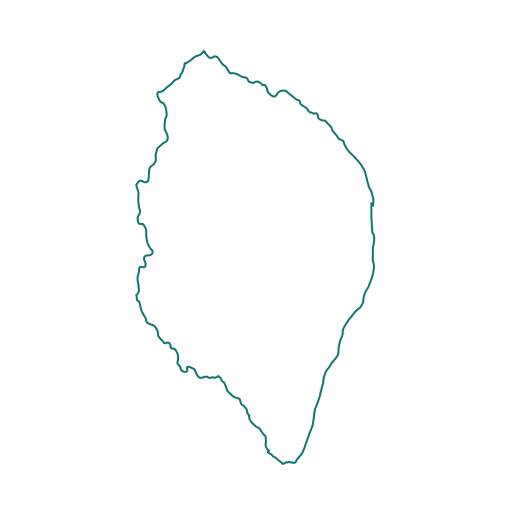 the district of Santana, Boyacá, Colombia, rotated 352°
{"feature_id": "7082276B99555261939009", "entity_name": "Santana", "entity_type": "district", "adm_level": 2, "iso_a3": "COL", "parent_name": "Colombia", "parent_adm1": "Boyacá", "projection": "equal_earth", "projection_center": [-73.497, 6.055], "detail": "fine", "context": "isolated", "style": "outline", "palette": "teal", "viewbox_px": 512, "rotation_deg": 352, "n_neighbors": 0, "source": "geoboundaries", "source_scale": "gbopen_adm2", "svg_char_len": 6071}
<svg xmlns="http://www.w3.org/2000/svg" viewBox="0 0 512 512"><g transform="rotate(352 256 256)"><path d="M360.2,160.1L359.6,159.4L359.0,157.7L358.8,155.3L358.2,154.2L357.0,153.2L354.2,151.6L352.7,148.1L351.1,145.7L349.5,143.0L349.0,141.5L348.7,139.8L348.1,138.4L344.6,133.6L343.7,132.1L342.9,131.4L340.9,131.1L338.2,129.6L337.2,128.6L336.8,127.6L336.9,126.2L336.7,124.5L336.2,123.7L335.2,123.0L333.6,123.1L332.7,122.9L330.8,121.6L329.9,121.4L328.9,120.6L328.0,119.6L327.6,118.3L326.8,117.0L326.0,116.0L322.8,113.5L321.8,112.5L321.1,111.1L320.9,109.5L320.4,108.0L318.7,107.2L316.6,105.5L314.5,103.1L311.2,99.8L309.0,97.0L307.9,96.3L306.6,96.1L305.6,96.1L304.5,95.8L303.4,96.0L301.3,96.9L300.1,97.7L299.1,99.0L297.4,100.5L296.0,100.6L294.5,99.9L293.5,99.1L291.4,96.7L290.8,95.4L290.3,94.0L290.2,92.1L289.6,89.9L289.0,88.5L288.2,87.8L286.5,87.6L285.5,86.6L284.5,85.3L282.8,83.8L282.2,83.9L281.1,83.3L280.0,83.3L277.4,84.3L276.0,83.8L273.9,82.8L273.1,82.1L271.9,78.8L270.4,77.6L269.5,77.6L268.2,77.2L265.8,75.7L263.2,73.6L261.4,72.7L259.0,71.8L256.2,71.5L255.3,71.0L253.9,67.5L252.6,64.8L251.8,63.6L250.3,62.3L249.1,60.7L246.0,54.5L245.3,53.6L244.4,53.0L242.9,52.5L239.8,53.6L238.2,53.5L237.3,53.0L236.2,51.8L233.7,47.4L233.1,45.9L228.9,48.9L227.1,49.4L224.3,49.8L221.8,51.0L217.9,53.5L215.3,54.5L214.3,55.2L213.5,55.4L212.8,55.2L212.3,55.3L212.0,55.8L211.6,57.7L209.1,62.7L208.4,64.0L206.8,65.6L206.2,66.5L205.7,67.9L205.2,68.6L204.3,69.2L201.5,70.1L199.6,70.9L196.5,73.5L190.5,77.1L186.9,79.6L184.7,80.2L183.9,80.2L182.7,79.9L181.9,80.1L181.0,81.3L180.8,82.6L180.9,84.2L181.4,86.4L181.9,88.0L182.8,89.9L183.8,90.9L185.0,91.2L185.9,92.6L186.7,94.4L187.2,96.1L187.4,97.7L187.3,102.9L187.0,104.6L186.6,105.5L185.5,107.0L185.1,108.2L184.1,111.5L183.5,114.8L183.2,117.5L183.7,119.3L184.9,122.9L185.2,126.1L184.8,127.9L184.2,128.9L183.0,130.1L181.7,130.7L180.4,131.1L179.0,131.8L177.7,132.8L174.8,134.5L173.3,135.7L170.8,141.6L170.5,142.9L170.2,146.6L169.9,148.1L167.9,150.6L164.2,152.8L163.2,153.8L162.5,155.0L161.6,158.5L160.9,162.5L160.4,164.3L159.9,166.1L159.3,167.0L157.9,167.6L156.2,167.6L154.9,167.0L153.8,165.9L152.8,165.5L151.8,165.3L150.4,165.8L148.9,167.1L147.4,168.9L147.3,170.2L148.4,175.8L148.3,178.0L147.5,182.2L147.0,186.6L146.9,192.2L147.5,194.7L147.4,195.9L146.9,197.2L146.4,198.5L145.5,199.2L144.6,200.5L144.2,201.6L143.8,204.6L144.1,206.3L144.5,207.5L145.4,208.0L148.3,208.6L148.9,209.1L150.4,212.6L150.7,213.8L150.8,215.0L150.7,216.8L150.0,222.1L150.1,224.7L150.4,228.3L151.2,230.9L151.9,232.6L153.1,235.0L153.9,235.8L154.2,236.6L154.1,237.8L153.5,239.2L152.4,240.0L150.3,240.5L148.6,240.3L146.7,240.4L145.7,241.1L145.1,241.8L144.7,243.3L144.8,244.6L145.2,245.9L145.6,247.5L145.4,249.6L144.9,251.0L143.3,251.6L141.0,250.9L139.6,250.7L138.9,251.4L138.4,252.8L137.8,255.5L137.1,257.4L136.2,259.2L135.7,261.1L135.4,262.9L135.4,265.3L135.6,268.0L135.3,273.0L134.9,275.1L133.8,276.6L132.9,277.6L132.0,278.1L132.2,280.6L131.9,282.4L132.1,283.1L132.7,283.8L133.4,284.1L133.8,284.7L134.1,285.8L134.4,287.8L134.6,291.9L135.1,294.7L136.5,298.7L137.6,300.9L138.1,302.5L138.4,305.5L138.8,306.8L139.4,307.5L140.1,307.7L141.0,308.4L143.6,309.8L145.1,310.8L145.7,311.3L146.3,312.2L147.8,315.5L148.1,316.4L148.2,317.4L148.1,320.4L148.2,321.7L148.5,322.5L150.0,324.9L151.6,326.9L152.7,329.2L153.6,329.8L154.2,329.9L154.7,329.8L155.9,329.4L156.5,329.4L157.6,329.8L158.3,330.7L158.8,332.3L159.0,333.2L158.8,334.8L159.2,335.6L160.7,336.0L162.5,336.9L163.0,337.5L163.5,338.3L164.6,341.5L164.8,342.8L164.8,344.4L164.3,348.1L163.4,350.5L163.3,351.3L163.4,351.7L164.2,353.1L165.5,355.1L165.7,356.0L165.7,357.7L165.9,358.3L166.9,359.6L168.0,360.4L169.7,360.9L170.6,360.9L171.5,360.5L171.8,360.3L172.1,359.8L172.2,359.1L172.0,357.7L172.3,356.6L173.0,356.2L174.0,356.3L178.1,358.6L179.4,360.1L179.8,361.0L180.7,364.9L181.8,366.9L182.7,368.2L183.3,368.7L184.6,369.0L185.7,369.1L187.9,368.5L190.5,368.6L191.1,369.0L192.0,369.9L192.5,369.9L193.9,370.4L196.0,370.0L198.3,370.9L200.5,370.3L201.9,369.6L202.3,370.3L203.7,371.7L204.2,372.5L204.4,373.2L204.5,374.0L204.8,374.8L205.4,375.6L206.8,376.8L207.8,380.5L208.6,384.4L208.8,385.2L209.6,386.7L211.8,389.4L212.4,390.3L214.5,392.4L217.1,394.0L218.8,394.5L219.8,395.4L220.2,396.7L220.3,398.1L220.5,399.4L220.9,400.6L221.6,401.6L223.0,402.6L223.5,403.2L223.9,404.1L225.0,405.7L225.3,406.4L225.4,407.1L225.5,409.5L225.9,411.1L227.0,412.9L226.8,414.6L226.9,416.5L227.8,419.0L228.8,420.5L231.6,424.2L232.8,425.4L234.7,426.6L235.4,427.2L236.2,428.8L236.5,429.7L238.5,433.4L239.9,435.3L240.4,435.6L240.4,436.8L240.1,440.5L239.9,441.8L239.6,442.4L239.3,444.0L239.2,444.8L239.3,445.7L239.4,446.6L240.4,449.2L240.6,449.5L241.4,450.0L241.7,450.7L241.0,451.1L240.4,451.9L241.8,453.4L243.3,454.4L245.1,456.9L247.2,458.3L248.2,459.3L248.5,459.8L249.6,461.1L252.8,464.4L253.1,465.3L253.5,465.5L255.3,465.4L256.4,464.7L257.4,464.4L258.4,464.8L259.7,464.7L260.3,464.7L263.1,465.7L263.8,465.7L265.0,466.1L265.9,466.0L266.6,465.7L267.5,464.1L268.4,463.1L273.3,458.8L274.6,457.2L277.7,452.0L279.2,448.8L284.1,439.3L286.8,434.8L288.5,431.6L290.2,426.2L291.9,419.4L293.3,415.6L296.4,410.2L299.9,403.2L300.9,400.2L304.6,391.7L306.2,385.7L308.9,380.4L310.6,378.4L312.1,377.2L313.4,375.8L315.7,372.9L322.0,367.1L322.9,365.8L324.0,363.6L325.0,358.9L326.6,353.9L328.1,350.5L329.9,347.9L331.1,344.9L331.3,342.8L332.0,340.8L334.0,337.8L335.4,336.1L337.2,334.2L339.3,331.6L342.2,329.2L346.5,324.9L349.8,322.7L352.2,321.4L353.8,319.4L355.5,317.0L356.7,312.6L357.6,310.2L358.9,307.5L363.3,301.8L367.5,294.1L368.8,291.2L369.7,289.0L370.2,287.0L371.2,284.3L371.3,282.5L371.6,281.6L371.2,278.1L371.2,274.8L371.9,271.3L372.8,264.2L373.9,261.4L374.6,258.8L375.3,256.9L375.7,253.8L375.4,250.9L374.6,249.4L374.4,248.5L374.8,245.7L374.8,244.2L375.7,233.3L377.6,220.1L378.0,220.3L378.9,221.8L379.3,220.5L379.8,218.5L380.1,216.3L379.2,208.1L378.6,206.3L377.1,202.6L377.3,202.1L376.7,197.9L375.9,189.8L375.6,187.6L374.9,185.2L374.1,183.6L372.5,179.7L370.0,175.7L366.9,171.1L362.4,165.4L360.2,161.3L360.1,160.8L360.2,160.1Z" fill="none" stroke="#0f766e" stroke-width="2"/></g></svg>